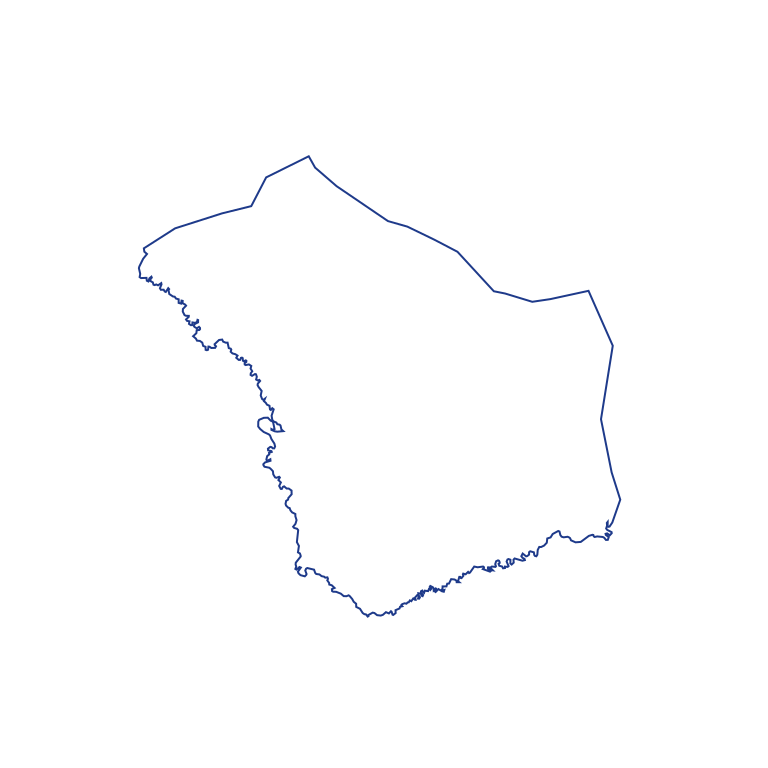 outline of Zaamar, Töv, Mongolia, rotated 309°
{"feature_id": "93677404B26609695466226", "entity_name": "Zaamar", "entity_type": "district", "adm_level": 2, "iso_a3": "MNG", "parent_name": "Mongolia", "parent_adm1": "Töv", "projection": "mercator", "projection_center": [104.498, 48.277], "detail": "fine", "context": "isolated", "style": "outline", "palette": "blue", "viewbox_px": 768, "rotation_deg": 309, "n_neighbors": 0, "source": "geoboundaries", "source_scale": "gbopen_adm2", "svg_char_len": 6166}
<svg xmlns="http://www.w3.org/2000/svg" viewBox="0 0 768 768"><g transform="rotate(309 384 384)"><path d="M355.1,607.2L356.2,608.7L359.2,610.1L363.1,610.4L366.7,608.1L369.6,610.0L373.6,609.5L379.4,611.9L379.8,613.2L377.6,616.1L377.1,618.1L377.9,620.1L380.8,622.8L381.2,624.0L381.3,625.6L380.2,627.7L381.5,632.5L385.1,636.3L394.9,638.8L398.0,640.9L398.4,641.7L397.6,642.9L397.7,644.0L399.7,645.6L402.8,650.3L403.1,651.9L402.5,654.6L403.7,656.0L406.5,655.0L406.3,651.4L407.0,650.5L408.3,651.4L408.6,654.7L411.3,654.9L412.1,654.1L411.1,649.2L411.5,647.6L414.3,646.5L416.3,644.6L417.6,644.6L414.3,647.2L414.2,648.2L415.1,649.0L420.0,648.6L442.8,640.4L458.6,616.5L493.2,574.8L557.7,537.7L585.1,484.3L554.7,459.9L541.2,447.5L530.5,421.1L525.2,411.0L533.0,357.9L527.8,332.2L521.0,303.1L513.1,284.6L507.9,222.7L508.8,194.3L513.6,182.2L470.4,162.4L438.7,168.9L414.6,150.7L373.5,123.7L338.3,112.0L336.0,114.5L335.9,118.0L329.8,118.0L321.4,119.9L319.8,120.6L316.1,125.3L313.3,126.8L313.4,128.5L317.0,132.6L315.0,134.7L315.4,136.3L318.5,135.2L321.0,135.7L320.5,136.6L318.8,136.4L317.0,137.7L317.5,140.4L316.1,142.4L316.6,143.6L318.0,144.3L318.5,146.3L322.2,147.4L321.4,148.4L317.4,149.6L316.8,151.3L318.6,153.4L317.9,155.4L318.2,156.5L322.7,156.0L322.5,157.3L321.4,157.4L318.8,160.5L319.2,164.9L320.1,166.4L319.5,168.6L320.6,171.1L317.8,173.4L318.8,175.7L321.4,174.2L321.9,175.2L320.0,176.6L320.6,179.5L320.3,180.9L315.8,180.5L313.6,182.1L312.0,185.7L312.4,187.2L314.1,189.4L313.3,190.0L309.6,189.5L309.1,191.1L310.3,193.4L308.0,194.6L308.2,197.0L309.2,197.8L311.3,196.4L312.8,199.0L314.8,199.5L316.5,198.7L316.7,199.3L314.9,200.7L311.8,199.3L309.5,199.4L309.1,200.8L309.5,203.5L312.0,204.3L311.8,205.7L310.9,206.5L309.8,206.5L307.9,204.6L305.4,206.2L301.0,205.6L300.9,209.3L300.0,211.4L301.6,213.8L301.8,216.7L299.8,219.5L300.6,221.9L298.3,223.9L298.8,225.1L299.9,225.7L302.6,224.0L303.2,225.0L303.3,227.1L305.8,230.0L307.6,229.7L307.7,228.1L308.3,227.3L314.4,228.1L316.7,230.3L315.7,232.3L316.5,235.0L317.7,236.4L314.2,240.8L315.0,242.7L314.6,243.7L312.6,244.5L312.4,247.0L313.6,249.7L313.9,252.3L311.4,252.7L311.3,256.0L312.2,257.0L314.3,256.4L315.1,257.0L315.2,257.9L313.3,259.7L313.6,260.8L315.4,261.7L315.4,262.5L314.4,263.1L312.6,262.5L311.5,263.5L311.7,264.6L314.2,266.7L314.5,269.5L312.0,270.6L311.0,273.6L308.5,273.7L307.1,274.6L307.3,276.3L310.6,277.5L311.0,278.4L309.6,280.6L307.0,281.8L307.3,283.7L308.7,284.5L308.4,285.8L304.9,285.7L303.6,286.4L302.7,288.5L301.6,293.3L297.5,295.4L295.6,298.8L295.7,300.2L297.7,300.7L295.1,301.5L295.0,304.0L294.3,306.0L295.0,308.7L292.5,311.4L292.6,312.4L294.9,312.4L294.9,314.2L288.6,316.6L285.9,319.7L285.4,321.6L286.3,324.6L285.6,326.4L286.7,328.5L286.6,329.7L284.1,332.9L284.0,335.4L279.8,331.1L278.5,328.9L277.5,325.4L278.1,324.9L278.3,326.2L280.1,327.3L284.4,322.0L284.7,320.6L284.2,319.1L284.7,314.9L282.1,311.9L277.6,309.5L275.6,310.0L271.8,313.0L271.1,316.0L271.0,320.7L272.4,326.2L272.3,327.8L270.4,331.1L268.7,336.3L266.9,338.7L264.9,339.2L264.0,338.0L264.2,336.4L263.6,335.2L260.7,334.5L259.5,335.7L261.0,338.7L260.6,339.5L258.1,338.0L257.1,339.1L254.4,338.6L251.3,340.1L250.9,340.8L251.3,341.8L254.0,343.0L252.9,344.1L248.2,340.9L245.7,340.7L245.0,341.5L244.5,343.2L246.8,347.7L246.7,350.0L246.3,352.6L244.1,354.8L242.9,358.1L243.4,359.4L245.9,360.9L245.8,361.9L242.9,362.4L242.6,365.8L238.8,366.7L237.5,369.7L238.1,370.6L240.5,370.2L241.6,370.8L241.5,374.1L242.8,375.8L243.0,379.2L240.2,381.6L235.2,381.4L233.8,382.2L231.6,381.5L228.9,382.9L227.9,384.4L227.6,387.6L228.2,388.7L226.9,390.9L226.4,393.4L227.2,396.9L225.4,398.4L223.2,401.7L219.6,403.2L215.9,403.2L215.6,404.7L216.8,407.6L216.4,409.3L206.3,415.8L204.6,419.8L199.0,423.1L199.4,425.3L198.2,427.2L197.5,427.8L189.6,427.9L188.0,429.0L186.9,430.7L184.5,431.5L184.7,432.8L188.6,433.5L189.0,434.9L184.0,435.2L183.1,436.7L182.9,439.4L184.7,443.5L186.7,443.7L187.6,443.4L189.5,440.2L191.4,439.7L192.7,440.2L195.7,446.5L193.9,449.4L193.7,450.9L195.4,453.7L195.4,456.4L196.6,458.8L196.5,460.2L198.1,461.7L197.3,463.1L195.7,463.5L194.9,466.5L193.7,467.7L194.7,470.0L194.4,473.9L191.8,472.6L190.4,474.0L190.6,475.2L192.4,477.6L193.9,482.4L193.8,486.2L195.5,488.4L197.5,489.5L197.6,490.8L196.9,494.6L195.7,497.5L195.7,500.6L193.3,502.7L194.2,506.8L192.6,511.6L192.8,513.7L193.6,514.9L193.0,517.7L193.8,518.0L194.5,517.2L199.2,519.1L200.0,520.7L200.0,524.1L202.0,527.2L203.9,528.4L207.9,529.1L208.8,532.2L211.8,532.4L211.8,533.2L210.1,535.8L210.3,536.5L213.3,537.2L215.5,535.3L219.3,537.3L221.0,536.7L222.8,538.1L223.1,536.6L224.4,536.7L226.5,538.0L227.4,539.7L229.1,539.8L229.9,540.6L232.1,540.3L232.4,541.9L235.8,541.7L235.8,543.9L236.2,544.4L237.6,542.5L240.9,542.7L241.2,543.3L240.7,544.7L238.7,545.5L239.3,546.4L240.7,546.2L241.9,543.3L243.0,542.3L244.3,544.7L243.1,546.4L243.4,547.5L244.7,547.2L244.5,544.4L246.2,543.2L247.5,543.7L246.6,545.7L246.9,546.6L249.0,545.7L250.8,548.6L253.4,547.8L253.7,548.1L253.2,549.6L254.6,549.6L255.3,547.2L256.2,547.1L256.8,549.9L256.4,551.1L254.9,552.5L257.6,552.7L257.8,553.4L257.2,554.3L254.8,554.3L254.8,555.0L258.9,555.4L259.4,559.5L260.2,561.2L261.9,560.5L260.0,559.2L259.8,558.3L261.7,558.3L263.6,556.9L266.0,559.9L268.6,558.8L269.8,560.1L274.6,559.0L276.5,561.9L276.8,564.1L275.7,565.2L277.3,567.2L277.3,565.7L281.5,563.9L282.1,564.6L281.6,565.9L281.9,566.4L284.9,566.4L285.7,565.1L286.5,564.9L287.5,567.2L290.9,567.6L290.6,569.1L291.6,569.5L298.9,569.0L300.5,572.1L304.5,575.9L304.6,576.7L304.1,577.4L302.4,577.3L304.9,584.5L306.0,584.7L306.5,583.8L305.9,581.0L306.9,580.2L307.6,580.9L306.9,584.6L307.7,585.9L308.0,583.0L308.7,582.3L310.0,582.7L312.0,585.7L312.8,585.7L314.0,583.8L316.8,582.7L318.7,583.6L319.0,584.6L318.5,585.7L317.8,586.5L316.3,586.2L315.3,588.0L316.5,590.7L315.7,592.5L317.1,593.8L318.2,592.9L319.7,595.2L320.9,595.4L323.2,591.0L325.3,590.4L326.3,590.9L327.0,592.8L324.0,595.2L324.0,596.8L326.8,597.2L329.0,595.2L330.6,595.3L333.8,602.8L335.8,604.3L336.5,603.3L336.1,601.0L336.6,599.1L339.5,598.5L339.5,602.9L340.4,603.6L342.7,604.1L344.6,602.6L346.0,602.9L347.5,606.4L345.7,608.4L345.4,609.5L346.0,610.8L347.8,610.6L351.8,607.9L355.1,607.2Z" fill="none" stroke="#1e3a8a" stroke-width="2"/></g></svg>